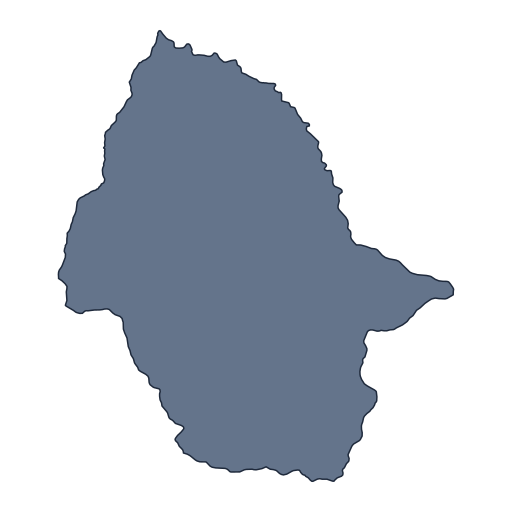 outline of Gama, Cundinamarca, Colombia
{"feature_id": "7082276B33620598114960", "entity_name": "Gama", "entity_type": "district", "adm_level": 2, "iso_a3": "COL", "parent_name": "Colombia", "parent_adm1": "Cundinamarca", "projection": "albers", "projection_center": [-73.601, 4.727], "detail": "fine", "context": "isolated", "style": "filled", "palette": "slate", "viewbox_px": 512, "rotation_deg": 0, "n_neighbors": 0, "source": "geoboundaries", "source_scale": "gbopen_adm2", "svg_char_len": 5975}
<svg xmlns="http://www.w3.org/2000/svg" viewBox="0 0 512 512"><path d="M183.5,453.0L187.4,454.2L190.1,455.7L195.3,459.9L196.9,460.9L199.8,461.8L205.7,461.9L206.4,462.2L210.1,466.1L212.1,467.2L215.8,467.9L225.2,468.4L226.9,469.0L228.5,470.2L229.7,471.5L230.9,472.0L239.8,471.9L244.3,469.8L246.4,469.4L252.1,469.2L254.0,469.7L256.2,469.8L262.0,468.6L266.1,466.8L270.2,469.2L273.4,469.6L275.8,470.3L276.7,470.8L279.5,473.4L281.3,474.4L283.4,474.9L286.8,474.1L291.8,471.3L293.4,470.6L297.6,470.0L299.2,470.2L299.7,470.6L300.8,472.5L302.4,474.3L303.6,474.9L304.9,475.2L305.7,476.3L308.3,477.8L310.3,480.1L311.7,481.2L312.9,481.3L317.4,479.1L319.7,478.7L322.2,479.2L327.0,479.2L332.5,481.1L333.9,481.2L335.0,479.9L337.3,477.8L341.5,476.2L342.8,474.9L343.0,473.0L342.4,470.7L342.7,469.3L344.4,467.7L346.4,463.7L348.6,461.4L348.9,460.6L349.1,458.4L348.2,455.9L348.1,454.5L351.7,446.5L352.3,445.5L353.6,444.0L359.5,440.5L360.4,439.4L362.1,436.1L362.2,432.7L361.5,429.3L361.4,425.9L361.8,424.1L362.6,422.1L363.6,417.6L364.6,415.9L366.9,413.5L369.8,411.3L370.8,409.8L373.0,407.7L374.6,404.9L375.1,403.1L376.3,401.8L376.7,400.8L376.9,396.8L376.3,391.8L375.7,390.9L374.2,389.8L367.4,386.0L364.3,383.8L361.6,379.5L360.3,376.2L360.0,374.4L359.9,371.5L360.4,368.4L360.8,366.9L362.9,362.8L362.6,359.8L363.2,358.5L364.9,357.0L366.9,350.4L366.9,348.7L365.6,345.7L363.9,342.9L363.7,340.8L367.3,331.9L368.5,330.6L370.6,329.9L372.9,330.0L376.9,331.1L378.3,331.1L379.8,330.9L381.0,330.3L384.2,330.8L386.8,330.8L389.8,329.9L393.4,329.6L394.6,329.1L396.5,327.8L402.5,324.9L406.7,321.8L407.4,321.1L409.6,318.1L413.0,315.6L416.5,310.3L420.2,307.8L424.9,303.4L428.8,300.7L431.5,299.0L434.7,298.2L435.6,298.1L438.9,298.6L443.0,298.8L445.0,298.9L447.0,298.4L453.2,294.8L453.3,291.5L453.6,289.2L452.8,287.5L450.4,284.0L448.8,282.1L448.1,281.7L446.8,281.4L442.6,281.3L438.8,280.8L435.3,279.4L431.1,276.6L429.6,276.1L426.6,275.5L417.4,274.7L412.3,273.3L409.8,272.1L402.3,264.8L400.4,262.7L398.6,261.2L396.0,260.1L389.4,258.9L385.3,257.5L382.3,255.4L377.6,250.1L376.4,249.3L374.7,248.8L371.5,248.5L366.2,246.5L360.7,245.0L356.3,244.9L354.1,242.6L351.5,239.3L350.8,237.6L350.6,236.2L350.9,234.3L350.7,232.0L349.9,230.6L348.5,229.4L347.7,228.0L348.2,223.7L347.6,220.4L345.8,217.3L339.0,209.7L338.1,208.0L338.0,205.9L339.2,201.1L338.7,196.5L338.8,195.1L339.6,194.1L341.8,192.4L342.1,192.0L341.9,190.3L341.1,189.4L339.6,188.4L334.6,186.3L333.4,184.8L332.7,182.5L332.9,177.9L331.6,174.0L331.3,171.3L330.9,170.7L330.0,170.5L327.1,170.7L325.2,170.0L324.6,169.4L324.4,168.8L324.7,168.1L326.2,166.2L326.4,165.4L326.3,164.8L325.2,163.6L324.4,163.0L323.0,162.7L321.5,161.5L321.3,159.1L321.9,155.4L321.5,153.1L320.8,151.5L318.2,148.7L317.8,147.5L317.8,145.9L318.6,142.7L318.5,141.7L310.4,133.8L306.8,130.9L306.3,129.1L306.7,126.9L306.9,126.5L309.3,125.9L309.4,124.7L309.1,124.1L308.2,123.2L303.8,122.6L302.4,121.7L300.7,118.2L297.6,114.4L295.0,108.1L294.1,107.5L290.6,106.7L289.2,103.4L288.6,102.7L281.8,101.0L281.5,99.6L281.6,94.5L281.1,92.8L280.3,92.3L278.8,92.6L276.7,91.4L275.4,91.0L274.3,89.4L274.1,88.4L274.3,87.2L275.6,85.5L275.4,84.3L275.0,83.9L273.8,83.5L268.5,83.4L265.9,82.9L264.6,83.0L263.8,82.7L262.4,82.8L259.8,82.3L258.8,81.7L256.5,79.4L253.8,78.6L248.8,76.2L245.9,74.3L241.9,72.9L241.4,71.8L241.0,68.5L240.6,67.5L239.8,66.6L237.5,65.1L236.4,61.2L236.1,60.6L235.3,60.0L231.1,60.6L225.9,62.2L223.7,62.0L219.8,58.7L218.6,57.0L217.2,54.2L216.5,53.6L215.1,53.1L214.1,53.1L212.2,55.3L210.3,56.3L207.8,56.3L204.1,55.3L199.4,54.9L197.6,54.9L195.6,55.3L194.3,55.2L193.2,54.8L192.8,54.3L191.5,51.4L192.0,50.1L191.9,49.3L190.0,45.0L188.8,44.0L188.0,43.9L186.7,44.2L184.9,46.6L184.1,47.3L182.8,47.9L179.1,48.2L175.8,48.0L174.4,47.0L174.2,46.5L174.0,43.0L173.5,41.9L171.6,40.7L168.5,39.7L166.3,38.2L162.8,34.1L160.6,31.0L159.9,30.7L158.8,31.1L157.7,33.3L157.9,35.0L157.1,36.9L156.1,42.5L154.0,46.2L152.8,47.3L152.3,48.4L150.7,55.0L150.0,56.4L145.8,59.7L143.0,60.7L141.1,62.4L139.4,62.8L136.3,67.8L134.2,70.1L132.0,75.2L131.3,79.0L129.3,82.1L131.0,87.4L130.9,90.3L132.0,93.1L132.1,94.7L131.5,96.3L130.7,97.4L127.5,99.8L126.4,101.6L124.0,106.8L119.6,112.4L117.5,113.8L116.8,114.7L116.4,116.0L116.3,120.5L115.0,122.2L111.4,125.5L110.1,128.4L109.5,129.1L107.9,130.1L105.5,132.3L105.4,133.4L104.7,135.6L105.2,139.0L104.6,142.7L104.9,145.6L104.7,146.4L103.7,147.7L103.8,148.1L104.7,148.7L104.9,149.2L104.6,150.9L104.8,153.3L104.3,156.0L105.1,159.5L103.6,163.7L103.8,165.6L102.7,168.1L102.4,170.1L102.8,174.6L103.7,177.0L104.6,178.6L104.7,179.8L104.5,180.8L103.8,182.7L103.1,183.2L101.5,183.9L101.1,184.4L100.9,185.4L99.1,187.0L98.2,188.7L96.6,189.3L95.6,190.3L93.7,190.6L91.1,191.7L88.3,193.8L85.5,194.9L84.3,195.9L80.2,197.9L78.7,199.3L77.2,201.9L76.1,210.9L75.2,213.6L73.2,217.7L72.4,221.8L71.2,224.4L70.3,228.6L69.0,231.1L67.2,233.2L67.3,235.8L66.9,238.5L66.8,242.7L66.7,243.5L65.3,245.6L65.3,246.9L64.6,248.7L64.3,250.8L64.3,251.5L65.5,254.0L65.3,257.4L62.3,265.3L61.4,267.1L59.3,270.1L58.6,272.1L58.4,274.2L58.6,278.1L58.6,278.5L61.9,280.7L65.1,283.7L67.0,286.4L66.9,288.5L66.3,291.9L66.9,300.5L65.4,305.2L66.0,306.0L73.6,310.5L75.7,312.1L77.1,312.7L79.8,313.4L82.4,313.3L84.6,311.3L86.0,310.7L88.0,310.8L94.4,310.0L99.6,309.9L102.3,309.6L104.7,309.0L107.2,308.9L109.3,309.5L112.8,313.0L115.2,314.7L120.0,316.4L122.1,318.5L122.6,320.6L123.2,322.2L123.4,329.1L124.7,332.9L127.0,338.0L128.3,346.7L130.0,350.5L131.0,354.8L133.4,358.7L134.5,362.8L135.3,364.1L137.7,367.3L138.6,369.9L140.3,371.3L145.8,374.3L148.0,376.2L148.8,378.2L149.1,382.2L149.5,383.6L150.2,384.8L153.1,387.1L154.2,387.6L159.0,388.8L159.9,389.7L160.2,391.6L159.6,393.7L159.6,396.3L160.1,399.9L161.5,402.8L162.0,406.0L166.8,411.7L167.6,413.0L168.8,417.1L169.4,418.2L170.4,419.1L171.9,419.9L173.0,420.7L175.4,423.4L181.2,425.4L183.0,426.5L183.6,427.3L183.8,428.6L183.5,429.2L181.2,432.0L177.6,435.4L175.4,438.4L175.1,439.5L175.5,440.7L177.7,442.8L179.3,446.3L182.6,449.7L183.2,451.1L183.5,453.0Z" fill="#64748b" stroke="#1e293b" stroke-width="1.5"/></svg>